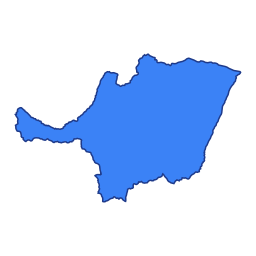 the district of Cubará, Boyacá, Colombia
{"feature_id": "7082276B20538039058858", "entity_name": "Cubará", "entity_type": "district", "adm_level": 2, "iso_a3": "COL", "parent_name": "Colombia", "parent_adm1": "Boyacá", "projection": "orthographic", "projection_center": [-72.252, 6.875], "detail": "fine", "context": "isolated", "style": "filled", "palette": "blue", "viewbox_px": 256, "rotation_deg": 0, "n_neighbors": 0, "source": "geoboundaries", "source_scale": "gbopen_adm2", "svg_char_len": 5756}
<svg xmlns="http://www.w3.org/2000/svg" viewBox="0 0 256 256"><path d="M200.8,60.9L199.7,61.8L199.1,62.0L197.2,61.8L194.0,60.1L189.1,58.3L188.2,58.3L186.7,58.9L185.3,60.1L182.6,61.4L178.2,62.4L176.2,63.5L174.6,63.7L172.1,63.4L171.6,63.8L170.9,65.3L170.2,65.6L168.5,64.4L166.3,64.6L164.9,63.4L164.2,63.0L161.0,62.3L159.2,62.6L157.6,62.6L156.9,61.9L157.0,60.6L156.6,60.0L156.1,59.7L155.2,59.9L154.8,59.7L155.1,58.0L154.9,57.6L153.3,57.3L149.8,55.7L148.2,54.2L147.5,54.3L146.2,55.3L145.6,55.4L145.0,55.3L144.7,54.8L143.2,55.9L142.4,57.4L141.9,58.0L140.0,58.5L139.7,59.4L138.7,60.1L138.6,60.8L139.1,62.4L139.0,63.5L137.6,65.8L136.7,66.6L136.2,67.4L136.2,68.4L136.7,70.3L136.8,72.0L137.0,72.3L137.6,72.2L138.1,72.5L138.3,73.4L138.1,74.2L136.6,75.2L134.9,75.3L133.3,76.5L132.3,77.8L131.9,79.0L131.2,80.2L130.2,80.9L130.3,82.5L130.1,82.8L127.2,83.8L125.6,83.9L125.1,84.3L124.7,85.4L122.5,85.3L121.3,86.1L120.4,86.3L118.8,85.0L117.5,84.7L116.0,83.5L116.2,81.0L116.7,79.8L117.1,77.7L117.0,76.7L117.8,75.1L117.7,74.4L117.2,73.9L113.8,72.7L111.0,72.9L110.0,72.5L109.5,71.7L108.7,71.9L107.4,71.7L105.0,73.2L104.2,75.1L103.4,76.0L103.2,77.1L101.4,79.2L100.4,81.1L100.1,83.3L99.2,85.5L98.2,87.1L98.0,87.9L97.2,89.1L97.1,89.7L97.3,91.5L96.7,92.2L96.2,95.2L95.4,95.8L95.5,97.6L94.8,98.5L94.7,99.9L94.3,100.6L93.9,101.4L93.3,101.8L92.4,104.7L91.4,105.2L91.0,105.9L90.2,106.2L89.2,108.3L88.2,108.5L87.2,109.2L85.6,111.6L84.7,111.8L83.5,113.1L82.6,114.5L80.9,115.5L79.7,116.8L78.8,117.0L77.9,117.8L77.6,118.3L77.9,119.6L77.5,120.8L76.2,121.3L75.6,120.9L74.9,120.9L74.1,120.3L73.4,120.3L72.6,120.6L71.3,121.7L70.6,121.8L69.8,122.4L69.2,122.0L68.5,122.6L68.1,123.4L67.0,124.0L66.4,123.8L66.0,124.1L65.6,124.8L65.1,124.8L65.1,125.5L64.9,126.1L63.3,127.2L63.3,127.9L63.1,128.2L62.1,128.7L60.7,129.0L60.2,129.3L57.9,128.8L56.8,129.1L55.6,128.4L54.8,129.0L53.8,128.3L50.7,126.9L49.2,125.9L48.9,125.9L48.1,125.4L47.1,125.8L46.6,125.3L45.4,125.5L44.8,124.9L44.1,124.9L43.7,124.1L42.5,123.5L41.5,123.4L41.0,121.4L40.7,121.2L39.5,121.2L38.5,120.2L37.7,120.4L35.9,119.7L35.5,118.8L33.9,118.6L32.8,117.6L32.0,117.6L31.0,117.2L30.4,116.2L27.3,112.9L25.0,111.3L24.7,110.4L24.0,110.1L21.5,107.8L20.5,107.7L19.5,108.0L17.9,109.0L17.6,109.6L17.4,110.3L17.7,111.3L16.3,112.8L16.3,113.3L16.6,113.9L16.4,114.3L15.4,114.5L15.8,115.1L16.2,116.1L17.5,117.9L18.0,119.3L17.6,121.1L17.9,123.7L15.5,125.3L15.9,126.8L15.8,128.0L16.3,129.6L17.2,131.1L19.4,131.4L20.4,132.0L20.8,133.0L21.3,135.6L21.2,136.5L21.8,137.3L23.3,137.9L23.2,139.4L25.2,141.3L25.9,141.5L26.4,140.9L27.7,140.1L28.4,140.0L29.2,140.0L30.7,140.9L31.7,140.8L32.4,140.1L32.6,139.6L33.3,138.8L33.8,138.4L34.5,138.0L36.1,137.8L38.9,138.0L40.5,138.9L41.8,138.9L42.9,139.7L45.0,140.2L45.6,140.1L46.8,139.2L47.7,138.8L49.1,140.1L51.6,140.9L53.2,142.3L54.1,142.5L55.1,141.8L56.8,141.7L57.6,141.4L58.8,142.3L60.1,142.4L61.2,142.8L62.4,142.4L65.1,141.8L66.1,141.9L66.7,142.5L67.7,142.8L68.9,142.6L70.0,141.7L71.9,141.8L72.2,141.1L73.3,140.7L74.1,138.9L76.1,138.9L77.1,138.4L78.2,138.7L79.7,138.9L81.3,139.8L81.6,140.3L81.2,141.1L81.3,142.5L81.1,143.1L81.4,143.9L81.2,144.5L81.5,145.9L81.3,146.6L82.3,148.8L84.3,149.1L85.6,150.1L85.7,150.6L86.4,151.6L90.4,152.4L90.9,152.9L91.2,154.2L92.5,156.4L92.9,157.7L93.2,159.6L94.3,161.0L94.7,162.2L95.8,163.1L97.6,163.6L99.3,165.0L99.7,166.6L100.1,170.1L101.0,173.2L100.7,173.3L101.0,174.4L100.2,174.8L99.2,174.6L97.1,174.6L95.4,175.3L95.0,175.7L97.1,177.7L98.1,179.3L98.2,179.8L97.8,180.4L98.2,180.9L98.1,182.2L98.8,183.3L99.2,184.6L99.3,185.9L99.0,186.3L98.9,187.1L99.6,188.9L99.3,189.7L99.0,190.0L98.8,191.1L98.2,191.8L98.4,192.4L98.1,193.1L100.1,193.5L101.3,194.5L101.6,195.9L102.6,197.7L102.8,199.5L102.7,201.4L102.9,201.6L104.1,201.8L105.3,201.6L105.8,201.1L107.7,200.6L110.6,198.6L112.9,198.1L113.7,197.0L114.1,196.8L114.7,196.9L115.4,197.6L116.5,198.3L117.9,198.1L118.7,199.0L119.1,199.0L120.2,197.9L121.8,198.2L122.9,199.8L125.1,201.3L125.6,201.4L125.8,200.5L125.7,197.1L126.5,195.0L126.7,193.6L127.5,190.8L127.6,189.4L128.4,188.8L129.4,188.4L130.6,188.9L131.5,188.4L132.7,188.2L133.3,187.2L133.1,186.0L133.3,184.7L133.7,184.0L134.4,183.8L136.1,184.5L136.9,184.3L138.2,183.3L138.6,182.0L139.0,181.8L139.8,182.2L141.5,181.5L142.5,182.6L144.2,183.1L147.3,182.7L148.5,181.1L150.0,180.4L151.1,180.4L151.9,180.8L153.6,180.6L154.2,179.8L155.6,179.7L156.8,179.1L158.4,177.4L160.3,177.1L161.8,176.3L162.8,173.9L163.5,174.5L165.0,176.8L166.8,178.6L167.7,180.4L168.6,181.5L170.1,182.2L170.8,182.8L173.9,183.6L175.5,180.9L176.5,180.4L176.9,179.9L179.2,180.8L179.3,180.3L179.6,180.0L181.6,179.6L182.2,177.8L183.0,178.0L184.7,178.1L185.3,177.8L187.6,178.9L188.6,178.9L189.5,178.1L190.8,175.9L192.2,174.6L193.8,173.8L195.5,172.1L196.0,172.0L197.3,172.3L199.3,171.6L199.2,170.3L199.8,169.1L200.6,168.9L200.7,168.5L200.4,168.0L200.5,166.9L200.7,166.6L201.4,166.4L201.7,165.9L201.9,165.3L201.8,164.4L202.1,163.5L202.5,162.9L203.1,162.6L203.2,161.8L204.0,161.4L204.5,160.5L204.2,158.8L204.8,157.8L204.6,157.0L204.6,156.2L204.1,155.3L204.7,154.3L204.1,152.8L204.7,152.2L204.4,151.1L205.3,149.1L205.8,146.7L207.0,145.1L208.7,141.0L210.4,138.3L211.1,136.2L212.5,133.9L213.0,132.4L212.8,130.8L213.4,129.3L214.0,128.6L214.8,126.6L216.0,125.5L216.6,123.2L218.0,121.4L218.6,119.3L220.1,116.1L221.3,114.2L221.7,112.9L222.4,106.8L222.7,105.8L224.8,102.4L224.8,101.5L226.2,98.9L226.4,97.9L228.1,94.7L228.9,91.2L230.1,88.5L231.6,86.1L233.8,83.6L234.0,82.5L235.0,81.7L235.4,81.1L235.8,78.8L236.3,78.1L236.3,77.6L235.9,76.8L236.0,76.2L237.2,75.5L238.0,74.7L239.3,74.2L240.2,73.2L240.6,72.3L240.0,71.6L233.8,70.5L228.8,68.3L227.1,67.2L225.2,66.5L218.5,65.0L217.5,63.9L215.9,63.2L214.6,63.0L212.8,63.1L211.3,62.2L210.1,62.2L207.8,62.7L205.4,62.4L203.2,61.3L200.8,60.9Z" fill="#3b82f6" stroke="#1e3a8a" stroke-width="1.5"/></svg>